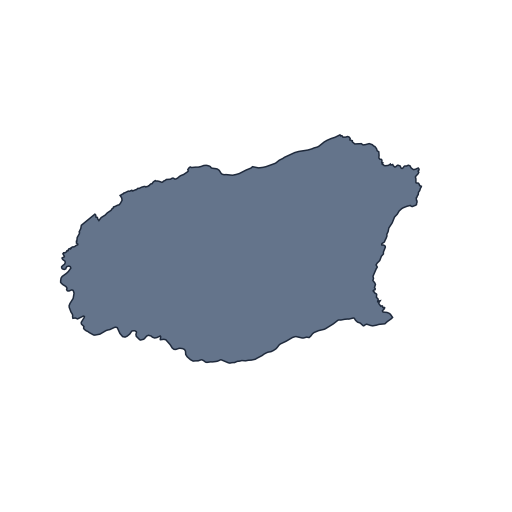 Balibo, Bobonaro, East Timor, rotated 51°
{"feature_id": "22284137B63057021325797", "entity_name": "Balibo", "entity_type": "district", "adm_level": 2, "iso_a3": "TLS", "parent_name": "East Timor", "parent_adm1": "Bobonaro", "projection": "equal_earth", "projection_center": [125.004, -8.961], "detail": "fine", "context": "isolated", "style": "filled", "palette": "slate", "viewbox_px": 512, "rotation_deg": 51, "n_neighbors": 0, "source": "geoboundaries", "source_scale": "gbopen_adm2", "svg_char_len": 6096}
<svg xmlns="http://www.w3.org/2000/svg" viewBox="0 0 512 512"><g transform="rotate(51 256 256)"><path d="M214.7,114.5L213.5,119.8L212.0,123.7L210.8,128.0L210.3,131.3L210.3,137.6L210.0,139.6L208.5,143.0L207.9,145.2L206.3,149.0L201.7,156.9L200.0,160.8L197.2,171.8L197.1,173.7L196.2,177.6L196.2,181.9L196.0,183.0L192.8,192.2L191.5,194.8L189.2,198.5L184.4,202.5L184.5,204.6L183.0,209.5L181.4,217.1L180.2,220.0L178.5,223.4L174.0,227.9L172.7,229.7L171.2,230.8L169.8,231.1L166.3,230.7L164.1,231.3L162.8,232.3L160.1,234.9L159.3,235.3L158.4,235.4L158.0,235.2L156.9,235.6L155.0,236.9L154.2,237.6L152.8,239.6L151.9,242.3L150.7,244.8L148.8,247.2L146.7,250.4L145.4,251.1L145.3,252.4L145.9,254.6L147.3,255.1L147.5,256.1L147.1,261.0L146.3,263.4L146.0,265.2L146.1,268.0L145.7,269.8L145.1,270.7L143.7,271.1L143.1,271.6L142.7,272.5L142.5,274.2L140.1,277.5L140.1,279.1L139.6,280.7L139.8,282.1L139.5,282.8L137.0,284.3L135.7,285.4L134.8,286.6L134.0,286.8L133.8,289.2L134.4,291.3L133.8,292.3L133.8,293.6L134.1,294.5L133.7,295.4L133.9,296.3L133.3,297.2L133.0,298.2L132.1,298.5L131.6,299.1L130.5,301.7L130.0,304.1L129.0,305.4L129.2,307.0L128.7,308.0L127.9,310.8L127.6,311.2L127.1,311.0L126.7,311.2L126.1,313.6L125.2,314.4L124.3,318.4L123.9,318.8L124.1,320.1L123.8,320.7L123.7,322.2L123.4,323.5L126.3,323.8L128.4,325.0L129.7,328.2L130.1,330.1L129.4,331.6L128.8,334.3L128.2,335.8L128.8,336.6L128.7,338.1L129.3,339.9L128.9,344.5L129.3,347.4L128.7,352.1L129.6,355.8L127.6,355.7L126.2,355.0L125.1,355.9L123.3,354.8L122.1,354.9L122.2,372.4L124.4,374.9L126.0,378.3L126.9,378.5L127.6,379.5L129.1,383.3L131.3,385.5L131.4,386.2L131.9,386.1L132.8,387.4L134.6,387.0L135.1,387.5L134.6,389.1L134.6,390.9L134.0,392.3L133.4,393.0L133.3,394.4L133.7,394.7L133.7,395.7L133.2,395.6L133.2,396.0L132.7,396.7L133.0,398.0L133.6,398.5L132.9,399.6L133.4,400.2L133.4,402.0L132.4,403.5L132.9,403.9L132.8,404.7L135.1,405.0L136.0,405.4L135.5,408.0L136.1,408.3L137.5,408.3L139.8,407.7L141.1,408.4L141.9,409.9L141.8,412.1L142.0,413.8L142.9,414.5L144.2,414.6L145.8,413.5L146.3,411.9L145.7,411.1L145.2,409.7L146.0,407.8L147.4,407.0L148.9,407.5L150.0,411.6L150.2,414.3L149.9,419.5L150.5,421.4L152.3,423.4L153.5,424.4L154.9,424.4L156.7,424.1L160.1,422.9L162.0,423.1L163.0,424.4L164.4,424.5L165.5,423.4L166.4,420.5L167.6,419.8L168.7,420.1L170.4,420.8L173.9,424.8L175.8,430.4L177.0,432.5L178.4,433.5L183.3,435.1L185.0,435.2L186.6,435.7L187.8,436.8L189.2,437.5L190.5,435.4L192.6,434.3L194.0,428.0L195.0,427.4L195.7,428.2L197.5,433.4L198.0,434.0L199.2,434.5L202.4,434.1L203.6,435.4L204.9,435.6L207.4,435.0L208.8,434.2L210.5,433.8L215.2,431.9L216.0,431.1L218.5,426.5L219.6,419.4L220.2,417.8L221.2,415.9L222.4,411.0L223.0,409.8L224.4,408.9L230.6,410.5L234.7,410.4L236.6,408.8L237.2,406.7L237.2,403.2L236.3,400.2L236.3,399.4L237.4,397.7L237.9,397.2L239.5,396.6L240.2,397.0L241.4,398.7L243.1,399.6L247.8,399.1L248.6,398.7L250.0,395.7L250.0,394.6L249.4,391.4L249.9,389.5L252.1,387.9L253.9,387.6L255.9,386.4L257.0,384.4L257.9,380.8L258.9,380.9L260.5,382.9L260.9,383.0L262.7,380.1L264.3,378.8L270.9,378.5L274.8,379.0L276.9,378.5L278.1,377.2L279.2,374.2L279.8,373.2L281.8,371.3L283.7,370.4L285.6,370.7L288.3,372.6L291.0,372.9L295.3,372.2L298.1,371.0L299.5,368.9L301.1,366.9L301.9,364.6L302.5,363.4L304.3,362.6L306.7,362.0L307.8,361.1L309.8,357.7L310.7,356.8L312.9,353.3L313.6,351.9L314.4,348.8L314.7,348.4L321.6,344.7L322.8,343.7L323.8,341.7L325.3,339.8L326.1,336.8L327.4,334.9L328.3,332.8L330.9,330.1L332.2,327.6L334.0,325.1L335.8,321.5L336.0,319.8L337.2,313.9L337.3,311.3L337.9,308.4L338.3,307.2L339.8,304.5L340.4,301.9L340.7,298.9L340.4,296.9L339.7,294.1L339.7,292.3L341.2,286.2L342.3,278.9L343.3,276.3L343.9,275.5L348.8,271.7L349.7,270.5L350.9,267.7L352.8,266.1L352.7,263.9L352.0,261.1L352.0,259.1L353.4,254.3L355.8,249.3L356.2,248.0L357.4,238.7L357.5,232.8L357.7,232.1L359.2,230.3L361.0,226.9L362.6,224.5L363.5,223.5L365.4,219.4L366.2,218.8L368.7,219.1L371.3,218.7L373.7,217.2L377.6,216.6L378.1,216.2L378.2,214.3L378.6,212.9L382.3,210.5L383.7,209.3L385.5,206.0L386.5,203.5L389.8,198.5L389.6,195.4L389.9,190.3L389.7,188.5L385.8,188.2L384.1,188.7L382.2,189.8L379.8,192.3L379.0,192.6L378.1,192.2L377.9,190.0L377.3,188.6L376.7,188.7L376.4,189.6L375.5,189.8L374.9,189.3L374.4,189.2L373.8,189.8L373.6,190.6L370.2,190.5L369.6,189.8L368.9,187.7L368.4,188.7L368.4,189.5L368.1,190.2L367.6,189.8L367.1,188.8L366.3,188.2L363.9,188.4L361.8,186.4L361.3,186.3L359.3,187.0L358.5,186.7L357.5,187.1L356.7,186.7L356.7,185.9L357.1,184.7L356.6,184.0L355.1,183.8L353.3,181.1L351.5,180.6L348.6,180.6L347.3,178.7L346.0,178.2L345.3,177.7L341.5,170.4L341.2,169.2L340.9,168.7L338.5,168.3L337.8,166.4L337.4,162.7L335.1,158.7L334.6,155.7L333.1,154.5L330.6,150.0L329.7,149.4L328.8,149.6L327.9,149.9L326.6,151.3L325.8,150.8L325.6,150.2L325.9,147.8L325.8,147.1L325.2,146.2L324.1,143.7L322.9,141.7L321.4,140.6L320.2,138.0L317.8,135.1L316.0,129.4L312.9,123.8L312.4,119.9L311.1,116.4L310.9,112.9L311.2,111.1L312.4,107.3L313.8,104.3L315.0,104.1L315.9,103.5L317.0,100.1L317.1,99.0L316.1,98.0L315.6,97.1L314.5,96.2L314.0,96.4L311.7,94.9L311.5,93.7L310.9,93.0L310.4,91.3L308.7,89.6L308.2,87.6L306.9,85.7L306.3,84.1L305.9,83.6L304.3,84.5L303.0,84.0L301.5,84.0L300.1,85.5L299.4,85.4L296.7,83.2L294.9,82.4L294.6,81.7L294.1,78.3L293.4,76.8L292.0,76.6L291.8,75.4L291.5,74.9L290.9,74.6L289.8,74.5L289.5,75.2L289.0,77.3L288.1,79.1L287.3,79.5L285.6,79.9L284.5,80.0L283.2,79.5L281.5,80.3L281.2,80.8L280.8,82.4L279.7,83.7L279.6,84.6L280.0,86.0L280.0,87.2L279.5,87.7L278.7,87.9L276.8,87.3L274.9,88.4L274.5,89.0L274.6,91.4L274.1,92.2L272.4,92.5L270.9,92.2L270.3,93.7L269.9,94.0L269.1,93.7L268.9,96.1L267.3,98.6L266.4,99.5L265.1,99.6L264.5,100.1L263.7,100.1L263.5,98.8L262.3,99.3L261.3,98.2L260.1,97.7L259.7,97.8L258.9,98.8L257.1,98.8L255.2,97.0L252.3,95.0L250.5,95.6L248.4,94.8L245.8,94.7L244.6,95.3L242.6,95.6L239.9,97.3L238.3,100.9L237.2,102.7L236.6,103.1L235.0,103.4L231.1,108.7L228.1,109.3L227.6,109.2L227.3,108.7L227.0,108.6L224.8,110.0L223.9,108.8L222.1,108.8L220.8,109.6L220.0,111.6L218.4,113.6L216.7,113.5L216.3,113.8L216.0,114.6L214.7,114.5Z" fill="#64748b" stroke="#1e293b" stroke-width="1.5"/></g></svg>